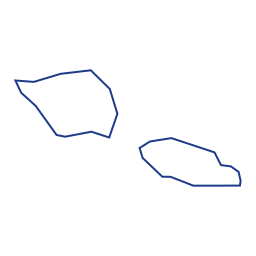 SVG path tracing the border of Samoa
{"feature_id": "WSM", "entity_name": "Samoa", "entity_type": "country or territory", "adm_level": 0, "iso_a3": "WSM", "parent_name": "Oceania", "parent_adm1": "", "projection": "natural_earth1", "projection_center": [-172.071, -13.756], "detail": "fine", "context": "isolated", "style": "outline", "palette": "blue", "viewbox_px": 256, "rotation_deg": 0, "n_neighbors": 0, "source": "natural_earth", "source_scale": "50m", "svg_char_len": 435}
<svg xmlns="http://www.w3.org/2000/svg" viewBox="0 0 256 256"><path d="M90.8,70.3L109.8,89.0L117.4,113.8L109.2,137.5L91.3,131.7L65.2,136.7L56.6,135.0L35.7,105.9L21.2,92.8L15.4,80.5L33.8,81.9L60.7,73.8L90.8,70.3ZM239.9,185.6L193.4,185.7L170.5,176.8L162.3,176.7L142.6,157.9L139.6,148.0L149.9,141.5L171.4,138.1L214.5,152.4L221.0,165.1L230.9,166.4L238.6,171.9L240.6,180.8L239.9,185.6Z" fill="none" stroke="#1e3a8a" stroke-width="2"/></svg>